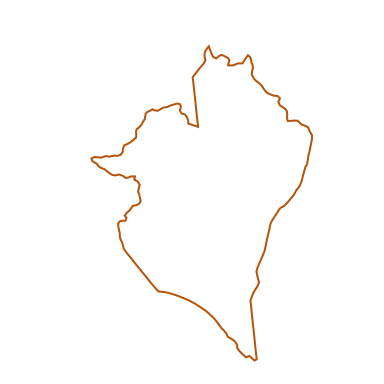 the district of Itapemirim, Espírito Santo, Brazil, rotated 105°
{"feature_id": "56859067B73479651555060", "entity_name": "Itapemirim", "entity_type": "district", "adm_level": 2, "iso_a3": "BRA", "parent_name": "Brazil", "parent_adm1": "Espírito Santo", "projection": "mercator", "projection_center": [-40.954, -20.988], "detail": "fine", "context": "isolated", "style": "outline", "palette": "amber", "viewbox_px": 384, "rotation_deg": 105, "n_neighbors": 0, "source": "geoboundaries", "source_scale": "gbopen_adm2", "svg_char_len": 3015}
<svg xmlns="http://www.w3.org/2000/svg" viewBox="0 0 384 384"><g transform="rotate(105 192 192)"><path d="M46.9,213.5L49.2,214.5L51.8,215.5L54.6,215.7L57.5,215.1L61.2,213.1L63.9,213.7L66.4,214.7L69.5,216.2L81.0,221.1L84.0,219.8L93.0,216.3L114.9,207.9L127.5,203.0L126.9,213.2L123.7,214.3L121.0,216.3L118.9,218.9L119.0,222.2L116.3,224.9L112.9,224.7L110.3,226.1L110.3,229.0L112.0,231.8L113.6,234.6L116.3,237.9L118.1,241.9L120.6,244.2L122.3,245.9L122.8,248.8L122.4,251.6L124.6,253.7L126.0,255.7L128.3,257.1L130.9,256.7L133.8,256.5L137.2,257.6L139.8,258.2L142.8,259.5L145.7,261.7L148.2,261.7L150.7,260.8L153.8,260.1L156.7,261.9L160.5,264.9L162.9,267.4L164.4,269.5L168.2,269.9L171.5,269.3L174.5,270.6L176.1,272.9L177.1,276.4L178.0,278.7L179.4,281.1L179.5,284.4L182.4,288.8L183.2,294.8L185.5,297.8L188.0,296.3L189.3,291.5L191.4,288.9L192.4,285.3L192.6,282.5L194.1,279.2L195.3,276.1L196.2,273.1L195.7,269.9L194.0,267.1L194.3,262.8L195.6,259.5L194.4,257.1L192.6,254.7L191.7,251.1L194.9,250.9L195.9,247.3L198.7,244.3L202.8,244.4L205.7,244.1L208.3,242.2L211.4,240.7L213.4,239.4L216.1,239.6L218.7,241.6L220.8,245.7L225.4,247.2L228.4,249.3L232.2,250.9L234.1,248.5L237.0,248.8L237.9,252.2L239.4,254.5L241.7,255.1L244.4,254.3L247.5,252.7L250.3,251.2L252.7,250.6L255.5,249.3L258.7,246.5L261.7,244.7L264.5,243.2L267.5,239.6L270.9,234.8L275.8,228.2L282.7,218.8L285.0,215.5L288.4,211.0L294.0,203.1L296.8,198.6L296.1,195.2L295.7,191.7L295.5,188.4L295.7,185.7L295.7,182.3L296.0,178.9L296.5,174.4L296.9,171.0L297.5,166.8L298.3,163.7L299.0,160.5L301.3,153.3L302.2,150.9L303.5,147.2L305.0,144.3L307.1,140.2L308.3,138.1L312.6,132.2L315.6,128.7L317.4,125.6L319.4,122.6L322.6,120.0L323.5,116.1L325.2,111.8L328.0,108.8L331.0,108.0L333.6,104.6L335.3,101.6L336.5,99.4L337.8,97.1L335.6,94.3L337.0,91.1L338.6,88.1L336.9,86.2L323.0,91.6L319.3,93.0L310.9,96.2L302.7,99.4L281.5,107.5L278.6,107.2L273.9,106.7L269.8,105.6L266.4,104.5L262.2,103.8L258.8,105.6L256.3,107.1L252.1,109.2L248.1,109.1L244.7,108.7L242.3,108.3L237.0,107.5L233.1,107.0L230.5,106.7L227.8,106.7L225.1,106.9L222.3,107.1L219.6,107.2L217.3,107.4L214.4,107.4L210.3,107.6L207.4,107.6L204.1,107.9L201.6,107.9L199.3,107.4L197.1,106.6L193.9,105.7L190.2,104.5L187.5,103.7L184.4,102.4L181.7,99.4L176.5,96.6L173.3,95.2L170.3,93.7L166.8,92.4L163.8,91.9L161.0,90.6L158.6,89.7L154.4,89.0L151.1,89.0L147.6,89.0L138.5,89.0L135.6,88.0L126.2,89.0L122.1,89.0L109.0,89.9L106.1,90.8L103.2,93.8L99.4,96.6L98.7,100.6L98.4,103.7L95.8,108.5L96.5,111.6L97.4,114.1L98.7,117.8L96.5,119.2L92.8,120.0L89.4,121.3L87.7,123.4L86.4,126.7L85.6,129.6L82.5,132.0L78.9,131.2L77.1,134.3L77.8,138.2L77.2,143.6L76.2,146.3L74.0,149.2L71.8,151.5L70.4,153.7L69.2,155.9L68.3,158.3L66.8,161.1L63.3,164.5L59.6,165.3L57.0,165.0L54.2,166.0L52.2,167.6L49.3,169.1L46.6,170.8L45.4,173.3L49.7,175.0L54.7,176.5L55.7,180.4L57.1,182.6L58.7,184.5L59.8,187.4L60.2,190.1L57.5,190.0L55.0,190.0L53.3,192.0L52.2,196.4L52.0,199.4L53.9,201.2L56.7,203.2L56.0,206.6L53.6,208.7L46.9,213.5Z" fill="none" stroke="#b45309" stroke-width="2"/></g></svg>